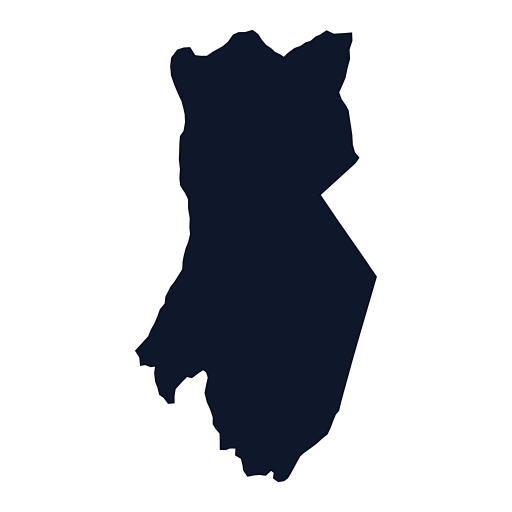 outline of Sapé, Paraíba, Brazil
{"feature_id": "56859067B23946406299674", "entity_name": "Sapé", "entity_type": "district", "adm_level": 2, "iso_a3": "BRA", "parent_name": "Brazil", "parent_adm1": "Paraíba", "projection": "equal_earth", "projection_center": [-35.211, -7.059], "detail": "fine", "context": "isolated", "style": "filled", "palette": "ink", "viewbox_px": 512, "rotation_deg": 0, "n_neighbors": 0, "source": "geoboundaries", "source_scale": "gbopen_adm2", "svg_char_len": 2004}
<svg xmlns="http://www.w3.org/2000/svg" viewBox="0 0 512 512"><path d="M294.8,48.7L288.7,53.2L283.9,57.7L279.9,55.1L274.5,52.4L270.6,48.7L265.7,45.5L261.5,40.6L257.6,34.5L252.4,30.7L245.2,32.8L238.8,32.8L233.4,35.3L228.3,42.5L223.0,46.9L218.1,49.6L213.2,52.4L207.2,56.5L201.0,56.6L194.8,55.9L189.8,47.9L183.9,48.2L177.6,50.3L171.9,57.8L170.9,66.4L171.8,75.6L175.0,84.7L177.9,91.6L180.1,96.6L182.3,101.2L184.1,108.3L185.4,114.2L185.8,122.2L184.3,131.0L180.7,136.4L180.1,144.2L179.9,152.0L179.6,159.5L180.7,169.1L180.1,178.4L180.9,185.3L186.0,193.3L188.8,199.3L188.8,208.4L190.5,218.2L190.1,227.5L190.8,234.0L189.0,241.8L186.1,249.3L184.3,256.5L183.3,262.1L183.0,269.4L175.5,281.4L171.0,287.3L166.1,296.9L165.4,303.8L160.6,309.5L157.9,317.0L155.0,323.8L151.4,330.1L148.8,336.7L135.9,350.8L140.0,357.3L140.7,365.1L145.2,364.3L150.7,366.4L155.9,365.8L154.9,373.3L155.9,381.7L158.1,387.3L159.9,394.5L164.0,397.2L168.4,403.1L173.9,402.6L173.8,396.3L174.9,388.8L181.4,381.6L186.8,376.2L191.8,377.4L197.9,372.7L203.2,369.3L206.7,372.0L208.5,377.4L206.8,385.2L205.3,393.0L207.6,402.0L211.1,410.0L213.5,417.5L213.4,423.9L216.3,428.7L220.3,433.3L220.5,442.1L220.5,449.2L225.7,449.3L229.8,447.8L236.3,447.8L235.8,454.9L241.4,458.2L243.0,463.9L243.9,470.2L247.7,475.9L254.5,474.6L259.9,474.2L265.6,475.0L271.0,469.9L274.5,472.5L273.7,478.0L278.3,481.3L283.7,480.5L287.4,477.8L290.7,472.3L293.4,467.3L295.9,462.7L299.6,455.9L303.2,452.6L307.4,449.6L311.2,446.9L316.3,443.0L322.1,437.7L327.0,433.9L330.1,427.2L332.7,420.2L335.2,414.2L338.4,410.4L340.8,400.5L352.6,357.7L359.8,332.6L376.1,276.8L364.1,259.2L346.2,233.4L338.5,222.4L319.8,194.8L355.3,162.5L358.5,157.7L354.3,152.6L352.1,144.9L351.6,135.4L350.3,126.4L349.3,120.1L347.9,110.5L345.0,105.3L341.2,99.9L338.4,92.4L341.7,85.0L344.8,77.7L347.0,67.3L349.3,58.9L348.8,49.4L351.7,40.6L351.4,33.2L345.2,33.8L339.2,34.1L333.7,34.5L326.6,31.1L320.4,35.3L315.7,37.4L310.8,41.6L305.7,43.1L300.8,46.6L294.8,48.7Z" fill="#0f172a" stroke="#020617" stroke-width="1.5"/></svg>